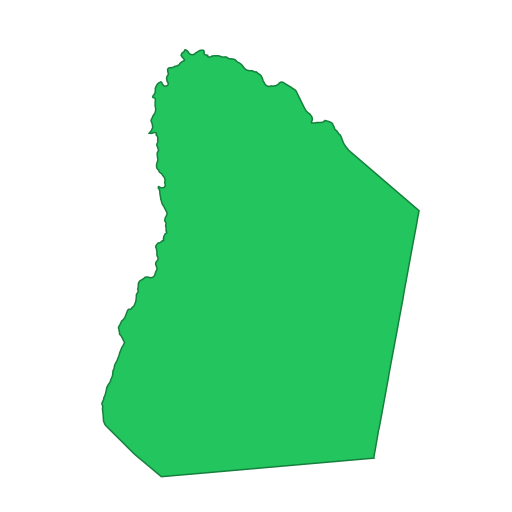 the district of Susques, Jujuy, Argentina, rotated 175°
{"feature_id": "61730980B41665984357705", "entity_name": "Susques", "entity_type": "district", "adm_level": 2, "iso_a3": "ARG", "parent_name": "Argentina", "parent_adm1": "Jujuy", "projection": "robinson", "projection_center": [-66.504, -23.606], "detail": "fine", "context": "isolated", "style": "filled", "palette": "green", "viewbox_px": 512, "rotation_deg": 175, "n_neighbors": 0, "source": "geoboundaries", "source_scale": "gbopen_adm2", "svg_char_len": 6144}
<svg xmlns="http://www.w3.org/2000/svg" viewBox="0 0 512 512"><g transform="rotate(175 256 256)"><path d="M398.7,190.0L397.1,187.8L394.5,181.2L395.7,179.2L396.8,177.6L397.6,176.6L400.3,171.3L401.1,168.8L402.6,166.0L403.5,163.9L405.4,161.2L406.6,158.9L407.0,157.0L407.4,155.7L408.4,154.3L408.8,152.2L409.2,150.0L410.1,147.8L411.7,144.9L412.1,143.5L415.0,139.9L416.3,137.4L416.7,135.7L418.1,131.5L419.0,129.6L419.9,128.2L420.2,126.5L422.0,123.4L422.4,122.5L422.1,120.5L421.7,119.8L421.9,118.8L422.3,117.3L422.1,112.0L422.2,107.1L422.3,105.1L421.8,103.4L421.3,101.7L420.7,100.5L419.5,99.0L394.3,69.1L369.5,44.4L156.1,44.4L156.3,44.7L153.7,54.2L151.1,64.2L150.4,66.7L149.2,71.5L148.4,73.6L144.4,87.9L134.6,123.6L133.1,129.5L132.1,132.9L131.5,135.2L120.5,174.6L119.8,177.4L119.6,178.0L113.2,201.0L111.3,208.5L98.9,253.4L92.8,275.2L91.8,279.3L89.6,286.9L154.4,353.2L157.3,357.6L159.0,360.9L160.5,366.3L161.0,367.9L161.6,369.3L162.9,370.4L163.6,371.8L164.3,373.2L166.5,375.5L167.0,377.9L167.8,379.6L168.2,381.0L169.0,382.0L170.3,382.9L171.9,383.7L175.5,385.0L177.6,383.5L178.8,383.4L180.7,383.4L183.9,383.7L185.7,383.4L186.7,383.4L189.1,383.8L188.9,384.4L188.9,385.1L188.6,385.9L188.1,386.4L187.9,387.7L188.1,389.2L188.3,390.0L189.0,390.9L189.3,391.7L190.4,393.2L191.6,394.0L193.6,396.5L195.0,399.6L201.8,417.1L202.6,418.0L205.5,420.3L206.5,421.2L207.3,421.7L207.9,422.2L211.3,424.6L213.4,426.3L214.6,426.9L215.7,427.1L216.7,426.8L217.9,426.2L218.4,425.3L220.2,424.5L221.2,423.9L222.4,423.9L223.4,423.8L224.8,423.8L225.8,424.1L227.5,423.9L228.2,423.7L230.1,424.4L231.5,425.6L232.2,426.7L233.0,428.6L233.7,429.7L234.0,431.9L235.1,434.9L235.9,436.0L236.6,436.5L237.1,437.1L237.9,437.5L238.7,438.5L239.4,439.0L239.6,439.4L241.6,439.6L242.4,440.2L243.9,441.0L245.2,441.0L246.9,441.3L248.9,442.0L250.2,442.9L251.7,444.7L252.3,445.9L254.0,448.2L254.9,449.0L255.7,449.7L257.9,451.1L258.9,452.5L259.9,453.5L261.6,454.2L262.2,454.3L263.7,454.6L265.1,454.7L266.2,455.2L268.0,456.7L269.2,457.0L271.0,457.0L272.7,457.2L273.9,458.0L275.4,458.5L276.6,458.9L278.6,458.9L279.9,459.2L280.9,459.0L282.2,459.1L282.9,458.8L283.8,458.2L284.6,458.2L286.2,458.6L286.7,459.0L286.7,460.2L289.2,460.8L289.8,461.7L290.2,462.5L289.9,463.4L289.8,464.5L290.8,465.7L291.8,465.7L292.4,465.6L293.3,465.8L293.9,465.7L298.3,463.6L300.2,462.2L302.1,462.1L302.8,462.3L303.8,462.6L305.1,463.9L305.9,465.5L306.5,466.3L307.3,466.8L307.8,467.4L308.8,467.6L310.1,465.6L311.0,465.3L312.2,464.4L312.6,463.5L313.2,462.5L311.9,460.1L311.3,459.6L310.7,458.6L310.2,457.7L310.2,457.3L311.2,456.5L311.5,456.5L312.5,456.2L313.8,455.3L314.6,454.8L316.0,453.3L317.2,452.6L318.1,452.3L319.1,452.1L320.6,452.0L320.8,451.7L322.8,451.0L323.3,451.0L325.9,451.1L327.1,450.5L327.9,449.4L327.7,448.3L327.9,447.4L327.4,445.4L327.6,444.5L329.1,442.4L329.3,441.6L329.7,440.7L329.5,439.7L329.5,438.7L329.4,437.8L329.0,437.1L328.5,436.3L328.5,434.6L329.1,433.8L330.2,433.2L331.3,433.2L332.1,433.0L333.0,433.6L334.5,435.8L334.8,437.2L335.7,437.8L338.2,436.7L339.3,435.8L340.8,433.6L341.2,432.8L341.8,431.6L341.8,430.0L342.2,428.0L342.7,426.9L343.5,425.6L344.2,425.0L344.9,424.1L344.9,422.9L343.7,422.5L343.0,422.1L342.7,421.2L342.7,420.0L342.8,419.0L343.1,418.0L343.2,416.1L343.5,414.7L343.2,413.3L343.2,411.8L343.2,410.5L343.4,409.5L344.1,407.5L344.5,406.8L345.4,405.8L346.3,404.8L346.9,403.5L348.3,401.2L348.7,400.3L348.6,398.9L348.1,397.7L348.0,397.0L347.8,395.6L347.7,392.9L348.4,391.8L349.1,390.4L349.6,389.9L350.0,389.2L350.7,388.6L351.7,387.6L348.9,387.2L347.6,387.8L346.2,387.8L345.0,387.6L344.4,386.7L344.9,385.9L344.7,384.7L343.8,384.1L343.6,383.3L343.6,382.6L343.7,380.9L343.9,379.7L343.6,379.1L343.8,378.4L344.2,377.7L344.7,376.6L345.1,375.6L345.1,374.9L345.1,374.4L344.7,373.6L344.2,371.1L343.9,370.3L343.9,369.6L344.7,368.5L345.0,368.0L345.3,367.5L345.7,365.7L345.5,364.9L345.5,364.2L345.6,363.5L345.6,363.0L345.4,362.3L345.4,360.6L345.8,359.3L345.9,358.5L346.1,357.9L346.5,357.6L346.7,356.7L347.2,355.3L347.3,354.0L347.2,353.1L347.0,351.9L345.5,349.9L344.9,348.0L344.2,347.4L343.5,346.7L342.8,346.1L342.1,344.8L341.7,344.0L340.8,342.8L340.1,341.1L340.1,340.1L340.0,338.7L340.5,337.7L340.2,333.9L341.5,332.3L343.2,332.1L344.7,332.2L346.0,333.0L346.8,333.7L347.3,333.3L347.4,332.6L347.3,331.8L346.7,331.2L346.2,328.9L346.3,327.9L346.2,324.7L346.0,323.4L345.9,322.3L346.0,321.2L345.9,320.7L345.5,319.3L345.4,318.3L345.2,317.7L345.0,316.2L344.6,315.8L344.6,315.4L344.4,314.9L344.0,314.4L344.0,314.2L343.7,313.9L343.3,313.1L343.2,312.4L342.7,311.3L342.2,310.3L341.5,308.3L341.1,307.3L340.8,306.2L340.8,305.8L341.5,304.5L341.8,303.9L342.2,303.1L343.0,302.2L343.3,301.0L343.6,300.3L343.9,299.1L343.4,298.3L343.1,297.3L342.7,296.6L342.7,295.9L343.3,294.7L343.4,294.0L343.3,293.3L343.2,292.8L343.2,292.2L343.1,290.8L343.2,289.8L343.5,289.0L343.0,288.4L342.9,287.1L343.5,286.5L344.1,286.3L344.6,285.9L344.9,285.5L345.9,283.8L346.2,283.2L346.5,282.0L346.7,281.6L346.7,280.1L346.6,279.6L347.2,279.2L347.9,279.4L348.7,278.9L349.6,278.0L350.5,277.7L351.1,277.6L351.8,277.5L352.3,277.5L352.6,277.3L354.2,275.7L354.9,274.8L355.1,273.2L354.6,272.3L354.5,271.1L354.5,269.9L354.3,268.9L354.3,268.0L354.6,266.7L354.6,265.6L354.5,264.6L353.9,263.5L353.8,262.1L353.9,261.2L354.4,260.3L354.9,259.9L356.2,258.5L356.6,257.4L356.7,256.2L356.3,255.0L356.1,254.7L356.1,253.8L355.6,252.9L355.7,252.1L355.9,251.4L356.2,250.8L356.5,250.2L356.8,249.6L357.3,249.0L358.7,245.4L360.1,244.1L362.6,243.4L363.2,243.7L364.8,244.1L365.7,244.5L368.2,244.6L369.1,243.8L371.6,242.4L374.2,241.1L375.5,239.2L375.7,237.7L376.1,235.2L376.4,234.3L376.8,232.9L376.4,232.0L376.5,230.9L377.3,229.6L378.4,228.2L378.7,227.0L378.7,225.8L379.1,224.4L379.2,223.1L379.4,222.3L379.7,221.6L380.0,220.7L380.7,219.1L381.6,217.5L382.2,216.6L383.4,215.8L384.0,215.4L384.5,214.8L385.2,213.9L386.3,213.9L387.1,214.0L387.8,213.9L388.7,212.9L390.1,210.0L391.3,207.7L392.0,205.8L392.6,205.5L394.2,203.8L394.6,203.6L395.7,202.7L396.0,202.2L396.4,201.2L396.9,200.6L397.2,199.9L397.9,198.8L398.2,198.7L398.6,197.9L399.1,197.2L399.3,196.4L398.9,194.4L398.9,192.9L398.8,192.6L398.7,192.2L398.6,191.7L398.7,190.0Z" fill="#22c55e" stroke="#15803d" stroke-width="1.5"/></g></svg>